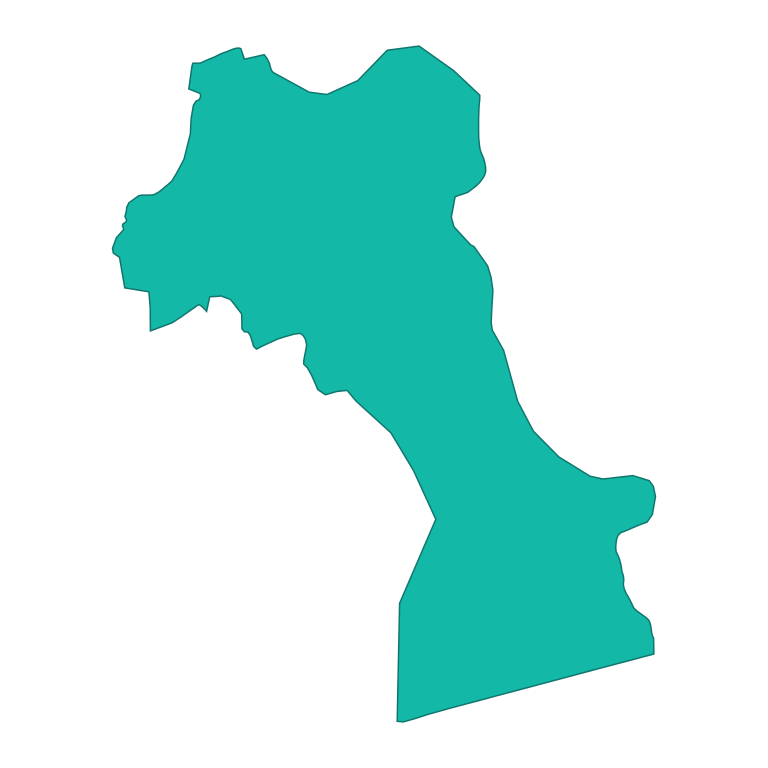 Saqin, Sa`dah, Yemen
{"feature_id": "15242507B44237665414324", "entity_name": "Saqin", "entity_type": "district", "adm_level": 2, "iso_a3": "YEM", "parent_name": "Yemen", "parent_adm1": "Sa`dah", "projection": "robinson", "projection_center": [43.467, 16.799], "detail": "fine", "context": "isolated", "style": "filled", "palette": "teal", "viewbox_px": 768, "rotation_deg": 0, "n_neighbors": 0, "source": "geoboundaries", "source_scale": "gbopen_adm2", "svg_char_len": 3495}
<svg xmlns="http://www.w3.org/2000/svg" viewBox="0 0 768 768"><path d="M125.0,216.7L126.5,219.7L126.3,221.3L125.3,222.5L123.3,223.7L122.7,224.4L122.5,226.2L123.6,228.4L123.6,229.3L123.2,230.1L116.4,237.7L112.5,248.3L112.6,248.7L113.3,253.1L119.5,257.3L124.8,287.9L148.9,291.8L148.9,292.0L150.2,307.2L150.4,330.7L150.4,330.9L172.3,322.7L172.7,322.4L173.1,322.2L181.1,316.9L181.4,316.7L194.5,307.5L198.6,304.6L200.7,305.6L201.4,306.0L201.8,306.5L202.3,307.0L202.9,307.4L203.4,307.9L203.8,308.4L204.3,308.9L205.1,309.5L205.4,309.9L205.9,310.5L206.3,311.1L206.6,311.4L209.7,296.8L214.8,296.5L218.9,296.2L220.9,295.9L221.1,296.0L229.2,299.0L230.7,299.8L234.2,304.2L241.6,313.8L241.8,319.4L242.0,328.9L242.7,329.7L244.3,331.7L248.2,332.2L248.7,333.1L250.1,335.1L251.0,337.7L251.2,338.3L252.2,341.7L252.9,343.7L253.0,344.1L253.1,345.2L254.4,347.2L256.5,349.1L258.5,348.1L259.5,347.5L259.8,347.3L267.0,343.9L277.8,339.0L285.0,336.7L294.3,334.1L299.5,333.4L301.3,333.9L303.3,335.8L305.3,339.0L306.6,344.6L306.4,346.9L306.3,347.3L305.5,351.6L304.6,355.9L303.8,360.6L303.8,361.8L303.7,364.0L307.5,367.9L308.4,369.6L309.2,370.8L309.8,372.0L312.0,376.1L315.0,382.9L317.8,389.6L325.4,394.7L326.3,394.5L336.7,391.5L347.1,390.4L348.9,392.5L355.7,400.7L365.3,409.5L366.4,410.5L390.9,432.8L397.3,443.5L398.9,446.1L413.6,470.7L435.8,519.3L399.6,603.3L397.8,691.3L397.2,721.3L397.5,721.3L403.1,721.9L409.1,720.3L414.9,718.6L427.6,714.5L448.5,708.6L488.4,698.0L489.7,697.6L536.1,685.3L596.0,669.3L653.9,654.0L653.8,650.0L653.6,638.0L652.8,636.8L651.7,633.0L651.2,628.7L650.5,624.8L649.2,620.8L646.4,617.8L643.1,615.5L640.0,613.2L636.4,610.6L633.6,607.7L631.7,603.6L629.9,599.9L627.9,596.3L625.8,592.7L624.1,588.5L623.3,584.3L623.8,580.1L623.4,575.8L622.0,571.7L621.4,567.7L620.7,563.7L619.5,559.4L618.0,555.5L616.1,551.8L616.0,550.3L615.7,547.5L616.0,543.4L616.6,539.1L617.0,538.0L618.1,535.3L620.8,532.6L624.5,531.3L638.6,525.2L647.1,522.1L652.4,514.4L655.5,496.5L653.3,486.3L649.3,480.7L632.8,475.6L602.8,479.0L590.0,476.2L558.8,456.9L533.4,431.2L517.7,401.3L503.6,350.3L492.3,330.2L491.2,322.7L491.7,310.4L492.9,290.5L491.1,277.5L487.6,265.9L474.0,246.6L470.6,244.8L464.9,238.7L461.4,234.9L458.4,231.6L454.0,226.8L451.3,217.2L452.9,208.7L455.1,196.7L467.1,192.6L467.6,192.4L471.5,189.5L475.6,186.4L479.3,182.9L482.0,179.4L484.3,175.9L484.8,174.4L484.9,174.0L485.7,171.6L485.6,167.4L485.4,166.2L484.7,162.2L484.0,159.8L483.5,158.2L482.0,154.7L481.6,153.9L481.1,152.6L480.2,149.9L479.5,145.9L479.3,143.3L479.0,141.2L478.7,137.0L478.7,136.6L478.6,132.5L478.6,128.1L478.6,123.4L478.6,118.6L478.8,113.9L478.9,109.1L479.2,104.3L479.7,100.2L479.8,95.2L453.6,70.6L419.1,46.1L415.8,46.5L389.0,50.0L387.2,50.3L366.5,71.6L365.4,72.7L357.8,80.6L349.7,84.2L332.5,92.0L327.0,94.5L326.6,94.4L322.1,93.9L309.2,92.2L273.2,72.5L271.6,70.6L270.8,68.6L269.4,63.2L267.0,58.4L264.2,54.7L244.4,59.2L240.9,48.8L239.7,48.2L237.9,48.1L235.9,48.3L233.9,48.8L231.6,49.7L227.7,51.3L223.6,52.8L221.1,53.7L217.7,55.4L214.9,56.8L209.8,58.9L206.4,60.3L200.4,63.1L192.9,63.2L192.1,65.7L192.0,65.9L188.8,89.0L198.3,92.7L199.2,93.0L200.5,94.2L200.5,97.1L199.2,99.7L196.0,101.2L193.4,105.3L191.2,118.1L190.8,125.1L190.4,133.4L190.1,134.7L189.1,138.8L187.0,147.2L184.1,158.8L184.0,159.1L179.8,167.2L176.0,174.2L175.6,174.9L174.4,176.8L172.0,180.9L168.6,184.0L159.3,191.7L154.6,194.4L154.3,194.5L151.8,195.0L141.6,195.2L138.8,195.7L135.0,198.4L129.0,202.7L126.8,207.1L126.4,210.6L125.0,216.7Z" fill="#14b8a6" stroke="#0f766e" stroke-width="1.5"/></svg>